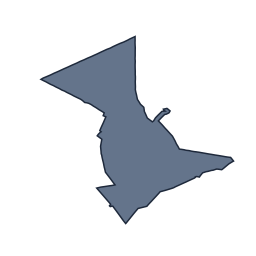 the district of Ana, Al-Anbar, Iraq, rotated 140°
{"feature_id": "34846034B40379251126698", "entity_name": "Ana", "entity_type": "district", "adm_level": 2, "iso_a3": "IRQ", "parent_name": "Iraq", "parent_adm1": "Al-Anbar", "projection": "mercator", "projection_center": [41.794, 34.329], "detail": "fine", "context": "isolated", "style": "filled", "palette": "slate", "viewbox_px": 256, "rotation_deg": 140, "n_neighbors": 0, "source": "geoboundaries", "source_scale": "gbopen_adm2", "svg_char_len": 2814}
<svg xmlns="http://www.w3.org/2000/svg" viewBox="0 0 256 256"><g transform="rotate(140 128 128)"><path d="M68.4,34.8L68.3,37.8L68.3,39.5L68.7,39.9L71.0,42.4L73.7,45.6L76.5,48.9L78.9,51.6L80.8,53.9L83.0,56.4L85.4,59.3L87.2,61.4L89.2,63.8L90.9,65.7L92.6,67.5L94.3,69.5L95.7,71.4L97.8,73.6L99.2,75.5L100.6,77.1L102.2,78.8L101.6,81.6L101.1,84.9L100.3,87.7L99.7,90.6L99.2,93.2L99.4,97.3L99.5,100.3L99.7,103.9L99.8,108.3L100.0,111.4L100.2,113.9L97.9,114.2L95.2,114.5L92.3,114.7L91.2,114.8L89.8,114.0L87.9,113.5L86.7,113.3L84.8,114.0L85.3,117.0L85.6,118.0L87.2,118.8L88.8,119.7L89.1,118.5L88.8,117.2L90.4,118.4L91.3,118.9L94.2,118.7L97.0,118.5L98.8,118.3L100.5,118.1L102.5,117.4L103.7,117.0L104.4,117.0L105.4,117.1L105.8,118.9L106.3,121.0L106.8,123.2L106.0,125.9L105.3,128.3L104.9,130.0L103.8,131.7L102.6,133.7L102.9,136.0L103.2,138.2L102.8,140.7L102.4,143.8L101.4,145.7L100.2,147.9L99.0,150.4L97.7,152.7L95.8,154.8L94.1,157.0L92.6,158.9L91.0,160.6L89.3,162.6L88.1,164.3L85.8,167.0L84.1,169.2L81.8,172.0L79.6,174.4L77.9,176.7L76.0,178.8L74.0,181.2L70.8,184.9L69.3,186.9L67.8,188.8L66.2,190.6L64.0,193.3L63.8,193.5L66.3,194.2L69.2,195.0L71.7,195.5L76.0,196.6L79.7,197.9L83.2,198.9L87.3,200.0L90.2,200.6L93.5,201.8L97.2,202.8L100.5,203.7L104.1,204.6L107.2,205.5L110.2,206.3L114.0,207.5L117.8,208.5L121.9,209.8L125.6,210.7L130.3,212.1L134.8,213.3L139.2,214.6L144.1,215.9L146.5,216.6L149.1,217.4L153.5,218.5L157.4,219.7L160.9,220.8L163.4,221.2L162.3,218.6L161.2,216.2L160.2,213.6L159.3,211.3L157.9,208.5L156.9,205.9L155.3,202.4L154.2,199.4L152.9,197.1L152.1,194.9L151.3,193.1L149.9,190.0L148.8,187.1L147.3,183.8L145.8,180.5L145.2,178.3L144.8,175.4L143.3,173.7L142.2,172.1L141.1,169.5L140.4,166.9L139.3,163.8L138.5,160.9L137.3,157.5L136.5,154.9L139.1,153.4L137.8,150.8L139.5,149.9L141.7,148.8L143.9,147.7L146.7,146.4L149.0,145.3L151.3,144.1L151.0,142.4L152.4,142.5L154.6,142.3L156.6,141.8L156.1,139.8L155.3,136.2L158.9,133.2L160.8,131.6L163.7,127.4L165.1,125.5L165.6,124.1L166.7,122.2L168.1,119.5L169.2,117.2L171.3,113.4L172.3,111.3L173.7,108.6L173.9,104.0L174.1,100.0L174.3,96.8L174.5,92.8L176.6,93.9L178.7,95.2L180.8,96.5L183.6,98.2L186.8,100.2L190.6,102.1L190.3,80.8L191.2,80.5L192.2,80.3L192.1,79.2L191.4,78.8L190.9,78.8L189.9,77.8L190.0,76.5L190.5,68.4L191.1,60.2L191.2,56.3L190.3,56.4L187.4,57.0L178.3,58.8L173.2,59.7L172.0,59.9L171.8,59.8L171.6,59.7L164.3,56.1L163.9,55.9L162.7,56.1L161.5,56.3L155.7,57.0L145.5,58.3L145.2,58.4L144.2,58.5L143.9,58.3L139.6,56.3L133.5,53.7L131.4,52.9L129.4,52.5L126.2,51.6L120.1,49.9L119.7,49.8L118.8,49.5L117.2,49.1L109.1,46.9L108.0,46.9L108.0,47.2L107.0,47.0L106.4,46.5L104.8,44.5L103.7,44.9L99.7,45.7L96.2,44.3L94.7,43.4L91.6,42.0L89.8,40.9L86.7,39.7L85.6,38.7L83.0,35.8L80.9,35.7L76.6,35.7L73.9,35.7L70.5,35.2L68.4,34.8Z" fill="#64748b" stroke="#1e293b" stroke-width="1.5"/></g></svg>